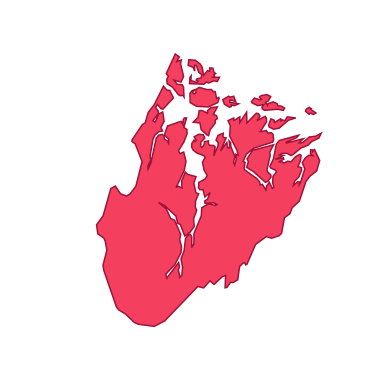 SVG path tracing the border of Hordaland, rotated 127°
{"feature_id": "NOR-913", "entity_name": "Hordaland", "entity_type": "County", "adm_level": 1, "iso_a3": "NOR", "parent_name": "Norway", "parent_adm1": "", "projection": "robinson", "projection_center": [5.687, 60.257], "detail": "fine", "context": "isolated", "style": "filled", "palette": "rose", "viewbox_px": 384, "rotation_deg": 127, "n_neighbors": 0, "source": "natural_earth", "source_scale": "10m", "svg_char_len": 6037}
<svg xmlns="http://www.w3.org/2000/svg" viewBox="0 0 384 384"><g transform="rotate(127 192 192)"><path d="M124.7,278.5L125.8,273.4L124.2,270.9L128.1,263.4L143.4,265.1L144.2,267.1L142.8,272.2L146.5,271.9L147.7,267.4L149.9,266.0L158.6,266.1L158.6,263.4L149.8,265.5L145.7,263.6L152.3,256.8L159.2,255.6L160.9,252.2L163.9,254.8L168.9,255.9L173.9,254.7L188.7,247.0L191.0,244.3L198.3,242.6L200.2,240.9L193.8,242.2L170.4,253.0L166.7,252.8L163.8,250.4L163.9,248.4L166.5,245.6L166.1,242.5L167.2,240.0L163.8,242.5L163.2,247.4L161.9,248.8L154.0,251.3L142.7,243.7L142.0,242.9L143.4,240.0L139.5,242.5L137.4,242.7L136.1,240.9L145.4,237.3L145.1,233.8L148.2,231.1L156.6,228.6L167.4,227.5L168.5,224.7L165.1,222.7L171.1,215.3L179.5,211.1L198.1,207.4L195.7,206.7L194.8,202.4L189.4,207.0L180.2,209.2L180.5,205.9L177.3,198.0L183.8,195.9L190.2,188.4L189.4,185.6L196.7,183.9L202.0,180.3L203.8,177.2L212.4,174.6L218.2,169.5L225.1,169.3L231.5,171.2L225.0,181.8L225.6,184.7L221.0,190.2L219.2,205.7L220.5,212.4L221.0,202.2L226.0,193.1L225.0,188.9L232.8,175.4L237.3,173.3L241.8,167.6L247.0,164.3L260.3,162.0L273.4,163.5L276.0,160.3L256.3,160.3L259.3,156.9L262.2,156.2L267.4,150.2L264.6,150.0L257.5,154.5L252.0,160.6L244.0,162.8L233.0,169.2L228.1,169.1L226.8,167.9L227.8,165.3L236.6,158.7L232.1,159.4L223.9,165.5L205.6,170.2L198.6,174.7L191.6,171.8L188.7,165.4L187.0,164.6L187.7,168.3L193.2,174.8L191.7,176.5L188.5,175.3L181.5,177.2L188.2,178.8L183.5,184.7L185.5,187.2L184.6,189.5L180.2,192.3L173.6,189.3L169.7,189.8L167.1,195.7L161.9,201.6L156.7,202.3L155.8,204.0L157.9,211.6L157.9,216.1L156.3,219.4L153.2,221.4L149.3,221.7L150.0,220.0L148.1,219.5L146.6,223.5L141.8,221.3L139.5,217.5L141.2,214.2L146.7,214.9L150.0,212.9L150.6,210.8L146.7,210.8L144.4,212.4L141.3,209.6L143.7,207.8L144.1,206.1L141.8,202.7L142.0,200.7L150.0,196.4L139.4,199.0L136.8,200.7L136.1,204.0L131.0,205.3L126.2,202.4L129.1,200.7L129.5,199.3L128.2,197.3L142.0,193.9L131.5,193.9L135.3,189.9L134.8,188.9L133.1,189.0L128.9,193.1L129.2,190.9L132.2,188.5L138.1,178.8L143.1,176.9L144.8,174.2L138.7,176.6L135.5,179.7L134.8,177.2L131.5,181.4L124.6,195.7L116.1,201.2L113.3,206.2L107.8,203.2L109.7,201.5L103.2,199.0L107.8,195.7L95.4,196.4L103.8,189.7L90.4,188.1L89.5,186.2L90.4,183.4L95.9,183.0L87.6,179.2L88.1,177.2L91.1,174.7L102.7,173.8L98.1,169.5L99.3,167.1L96.9,164.2L97.0,162.3L101.0,158.3L103.5,157.5L119.8,169.0L129.1,171.4L136.8,169.5L136.4,167.4L142.0,164.5L142.6,162.9L142.3,148.4L143.3,143.9L145.3,141.8L143.5,140.4L146.0,134.2L142.1,136.1L137.8,136.0L140.8,130.0L138.9,129.4L136.2,133.1L130.9,136.7L125.3,136.7L124.3,138.1L125.5,143.9L124.6,145.2L116.6,146.9L102.9,153.5L98.2,153.2L82.4,141.0L86.0,141.3L95.5,146.9L96.1,146.1L82.4,135.1L88.3,136.0L86.3,133.5L77.4,131.4L72.9,126.7L67.3,124.2L72.6,123.1L79.7,126.8L84.7,127.4L91.2,131.4L101.1,133.8L103.4,135.0L103.9,139.4L107.5,143.8L109.9,144.4L107.9,141.0L115.8,145.2L109.7,139.6L110.5,138.4L115.8,141.0L113.5,137.9L113.8,136.0L109.9,134.2L108.2,131.0L101.5,130.6L97.2,128.6L96.9,127.1L101.5,124.3L108.0,122.6L106.7,119.3L108.4,117.7L115.5,115.7L121.8,116.5L125.7,114.9L120.2,113.8L119.4,112.4L121.7,110.7L119.4,111.0L105.6,115.8L102.4,121.4L97.3,122.1L92.3,120.8L90.4,117.5L90.1,120.4L86.9,122.7L85.7,120.8L87.0,119.9L84.4,119.6L90.0,109.0L100.1,105.1L108.8,107.4L115.1,107.3L134.6,100.8L144.4,102.5L150.3,100.7L156.9,102.7L171.1,95.6L174.5,96.1L181.0,100.6L182.9,105.8L195.6,109.7L216.7,104.6L217.9,105.3L216.9,107.0L218.0,108.5L223.0,109.1L234.6,102.6L239.7,104.8L240.8,106.8L247.2,106.7L248.6,107.9L238.4,115.0L241.6,116.9L252.5,118.7L252.2,124.2L261.6,125.0L264.0,130.5L311.3,136.2L322.0,141.3L329.9,155.2L330.9,159.6L329.5,171.7L330.3,179.7L329.2,183.3L307.5,215.5L304.1,219.0L289.8,224.9L283.5,231.7L281.9,234.6L282.1,242.1L275.6,248.5L264.4,248.7L238.1,258.9L233.4,256.8L236.4,248.1L234.7,241.9L230.5,240.3L221.2,240.3L197.7,250.2L187.8,266.2L187.8,270.2L186.7,271.2L168.0,272.2L164.9,271.0L154.7,274.9L144.9,274.7L124.7,278.5ZM140.1,139.3L138.7,155.3L139.5,163.2L134.0,165.1L132.5,167.9L122.3,168.7L105.2,155.3L113.4,153.9L115.8,151.5L128.8,145.7L130.5,143.5L130.9,139.3L132.5,137.9L138.0,137.8L140.1,139.3ZM91.9,288.4L91.7,283.5L97.0,282.6L93.0,280.0L96.5,278.3L104.7,268.3L110.9,266.9L113.5,273.8L114.9,268.6L112.2,264.3L113.4,261.8L120.9,255.6L120.2,257.4L122.1,259.2L122.5,261.4L120.0,270.5L120.5,277.0L117.2,280.0L113.9,280.4L113.0,283.8L91.9,288.4ZM120.9,240.0L121.7,247.3L114.4,253.0L111.3,253.0L108.3,251.3L112.3,251.4L112.5,249.4L110.2,248.7L107.7,250.6L104.0,249.1L101.2,241.6L98.5,238.3L99.0,235.7L97.9,233.9L102.5,228.6L100.3,227.5L101.1,226.6L105.2,225.3L114.3,230.2L120.9,240.0ZM131.1,215.0L137.1,212.7L137.4,214.2L136.7,222.2L132.1,227.1L135.5,233.1L128.9,232.1L122.7,235.2L120.9,233.1L119.7,227.0L117.6,228.6L113.3,227.7L108.7,222.9L117.1,221.7L116.2,218.4L118.3,215.9L120.5,216.7L123.2,214.9L131.1,215.0ZM98.8,247.4L107.0,259.2L101.7,262.6L99.7,262.6L103.6,260.0L101.6,254.1L99.7,253.9L100.1,256.0L98.8,256.2L95.4,253.4L92.4,254.8L92.4,258.7L88.5,264.3L89.1,266.2L93.8,262.6L91.8,266.1L93.1,271.3L88.3,274.2L84.8,268.6L84.9,262.3L86.3,258.9L91.8,253.0L85.7,252.6L85.1,250.4L82.3,252.5L80.5,249.9L83.1,246.6L83.2,244.3L85.1,245.2L86.1,243.7L87.8,244.3L83.8,239.1L88.6,238.3L90.0,241.4L95.0,244.4L95.6,246.8L98.8,247.4ZM84.7,197.7L83.9,198.9L79.4,198.6L77.4,193.1L76.2,192.3L75.6,195.3L73.3,194.7L69.0,190.6L68.4,186.6L73.3,185.9L76.2,187.2L77.5,183.9L76.0,184.6L71.2,181.5L70.3,177.2L71.4,175.2L69.7,172.5L69.2,168.5L71.9,168.2L74.3,173.3L83.0,183.1L83.4,185.8L82.0,187.3L78.8,187.2L83.5,191.5L84.7,197.7ZM74.7,161.2L70.4,153.7L76.7,158.2L88.5,160.8L92.7,164.5L93.7,169.4L92.5,171.0L86.1,173.0L85.2,169.8L86.8,167.9L80.3,165.3L81.6,163.7L80.2,163.8L79.3,160.7L74.7,161.2ZM101.8,213.2L102.4,219.0L99.7,223.0L93.5,220.4L92.9,218.2L90.4,216.3L93.5,211.5L95.4,217.1L97.6,216.0L93.6,207.9L97.7,210.3L98.8,213.1L100.1,212.1L101.8,213.2ZM59.5,145.3L59.2,150.0L57.0,150.6L53.1,148.9L54.0,149.0L53.7,146.8L54.6,146.8L54.3,140.6L57.1,141.8L57.7,144.9L59.5,145.3Z" fill="#f43f5e" stroke="#9f1239" stroke-width="1.5"/></g></svg>